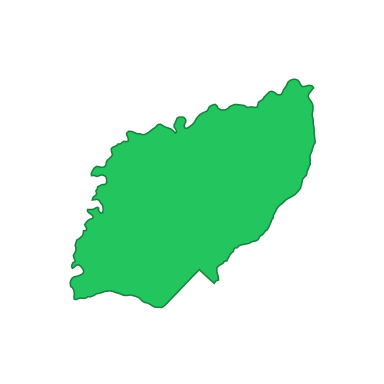 the district of Angélica, Mato Grosso do Sul, Brazil, rotated 291°
{"feature_id": "56859067B10068689760359", "entity_name": "Angélica", "entity_type": "district", "adm_level": 2, "iso_a3": "BRA", "parent_name": "Brazil", "parent_adm1": "Mato Grosso do Sul", "projection": "albers", "projection_center": [-53.859, -22.058], "detail": "fine", "context": "isolated", "style": "filled", "palette": "green", "viewbox_px": 384, "rotation_deg": 291, "n_neighbors": 0, "source": "geoboundaries", "source_scale": "gbopen_adm2", "svg_char_len": 4799}
<svg xmlns="http://www.w3.org/2000/svg" viewBox="0 0 384 384"><g transform="rotate(291 192 192)"><path d="M227.0,115.8L226.8,113.4L226.1,111.2L223.5,109.8L221.8,110.7L220.4,112.1L218.6,113.6L217.0,114.2L215.5,112.9L214.9,110.0L211.4,108.0L210.1,105.5L208.3,105.0L206.9,103.5L205.2,101.8L203.4,101.1L201.0,102.3L198.4,104.3L196.1,104.0L193.5,102.7L191.2,101.5L189.2,101.3L186.7,101.9L184.8,101.6L183.5,100.6L182.6,98.7L182.2,95.7L181.7,93.7L179.5,92.2L177.5,91.7L175.9,91.5L173.1,91.3L171.2,92.3L172.1,94.0L172.4,95.9L172.4,97.6L173.9,99.5L175.6,101.3L175.8,103.3L175.7,105.3L174.8,106.8L173.3,107.6L171.8,108.3L170.0,109.0L168.1,108.3L167.1,106.2L165.9,104.6L163.0,102.1L160.6,102.4L158.6,101.8L156.8,103.3L154.6,103.5L153.0,102.2L151.5,101.5L148.8,101.7L149.8,103.7L151.0,105.9L151.1,107.5L150.4,109.1L148.8,111.0L147.8,112.9L145.0,114.9L142.8,115.7L140.5,115.9L139.6,114.2L140.5,112.5L141.6,111.0L143.5,110.7L143.8,109.1L142.5,107.7L140.9,106.5L139.9,105.1L139.1,102.9L138.3,100.9L136.7,101.2L135.7,102.9L134.9,106.1L133.7,108.7L131.8,108.6L130.7,107.4L129.5,106.0L127.8,104.9L125.7,104.1L123.0,103.5L121.7,104.9L120.3,106.8L118.0,106.8L117.0,104.6L115.3,105.0L113.7,105.5L111.3,105.1L109.3,104.0L107.4,103.0L105.8,101.6L103.9,101.8L102.2,101.9L100.1,102.1L98.8,103.3L96.4,104.4L93.9,104.5L92.0,104.1L90.1,104.0L88.4,105.2L87.0,106.6L85.5,107.8L83.0,106.1L81.2,106.0L78.9,106.5L77.9,107.7L79.6,109.1L81.3,109.7L82.9,110.7L83.2,112.7L82.7,114.9L81.3,117.2L80.1,118.6L78.8,119.5L76.5,119.2L74.1,117.1L72.2,115.1L71.3,113.4L70.3,112.1L68.7,111.0L65.9,110.5L63.8,110.7L61.8,111.7L60.3,112.6L59.9,114.4L58.5,116.4L56.5,117.8L54.3,118.8L52.1,119.2L49.7,120.5L50.1,122.5L52.0,124.3L53.2,126.5L53.9,129.2L55.5,131.6L57.0,132.1L57.6,134.6L60.4,137.7L62.3,138.9L63.5,140.5L65.5,143.5L66.8,145.0L68.1,146.4L68.9,148.2L69.8,149.7L70.4,151.3L70.8,154.1L70.8,156.6L71.1,159.8L71.1,161.5L71.2,163.2L70.9,164.9L71.5,166.7L72.0,168.2L73.8,171.4L74.4,176.7L74.3,179.5L74.1,181.2L73.0,183.2L72.1,185.5L71.9,188.0L72.5,190.1L72.1,192.8L71.6,195.2L71.2,197.6L71.8,200.4L72.5,202.5L73.2,205.0L76.3,207.3L94.6,215.0L112.6,222.5L122.2,226.7L121.0,229.3L119.2,233.8L114.6,245.5L117.3,246.0L119.3,248.3L121.5,247.4L123.6,245.9L126.6,243.7L128.4,243.0L129.9,242.5L131.8,243.0L133.6,244.0L135.1,245.3L136.4,246.4L138.6,246.9L140.2,249.2L142.1,249.3L144.0,249.6L146.7,249.9L148.3,250.3L149.8,251.1L151.5,251.9L153.4,251.6L154.9,251.9L156.1,254.1L158.9,255.3L160.4,257.2L161.7,259.3L163.2,261.6L164.7,264.0L166.5,265.2L167.9,267.0L169.1,269.0L170.6,270.4L172.3,271.0L174.7,271.2L176.2,272.2L177.8,273.3L179.8,274.0L181.7,274.4L183.5,275.7L185.2,276.0L187.5,276.3L190.5,276.4L192.5,276.6L194.8,276.4L196.7,277.1L198.1,276.7L199.7,276.4L201.7,276.7L204.1,277.0L206.7,277.1L209.4,277.9L211.1,278.8L214.9,281.0L217.8,282.2L219.8,283.6L221.2,284.9L223.5,286.7L225.9,288.7L228.9,290.1L231.2,290.9L232.9,291.5L234.4,292.0L236.1,291.7L237.7,291.7L239.2,291.4L240.9,291.2L243.1,290.7L245.4,291.3L246.9,291.9L248.7,292.7L250.5,292.6L251.9,292.1L253.8,292.2L255.4,292.4L257.7,292.1L260.2,292.5L261.8,291.7L263.5,291.2L265.6,290.3L267.5,289.3L269.5,289.0L271.2,289.3L273.4,289.3L275.9,288.9L277.5,288.8L279.4,288.8L282.4,289.3L285.0,288.0L287.1,286.8L288.6,286.1L290.5,285.0L293.4,284.0L297.0,282.2L299.0,280.8L300.6,280.2L302.8,279.2L304.8,278.0L306.5,276.8L308.6,276.1L311.0,275.8L313.5,275.0L315.9,274.0L317.2,273.0L318.5,271.7L320.0,269.6L321.0,268.0L322.1,266.7L323.7,265.9L326.0,266.0L328.2,266.8L330.7,267.4L332.8,268.2L334.0,266.5L333.9,264.3L333.1,262.1L331.2,259.8L329.9,257.2L331.3,254.7L333.1,252.9L334.3,250.8L334.3,248.4L333.7,246.5L332.0,244.2L330.2,242.9L328.8,242.2L326.8,242.1L324.5,242.0L322.1,241.3L320.0,240.8L317.5,240.8L315.6,240.6L314.2,239.4L313.4,236.7L314.2,234.8L314.7,231.9L314.4,229.9L313.3,228.4L311.3,227.5L308.7,226.3L306.6,225.4L305.0,225.1L303.5,224.6L301.6,223.3L299.8,221.9L297.2,222.1L295.0,222.5L293.8,221.2L293.3,219.5L292.8,217.0L290.7,213.1L291.5,209.8L290.6,205.9L289.7,202.3L288.9,200.3L287.7,199.0L286.6,197.9L285.2,196.5L282.6,195.5L280.6,193.5L279.7,191.6L279.0,189.4L279.8,185.9L281.6,184.2L282.1,182.1L280.9,180.4L279.0,178.4L277.2,177.5L274.5,177.3L273.0,177.0L271.6,175.6L269.5,173.5L267.3,171.8L264.7,170.7L262.8,170.0L260.7,169.6L258.4,169.3L256.6,168.8L254.7,167.9L252.5,166.5L251.0,165.5L249.6,164.4L249.2,162.4L251.0,160.8L253.7,160.9L255.5,161.0L257.2,160.2L258.6,158.2L258.7,156.5L257.3,153.0L255.6,151.6L252.4,151.6L250.8,151.6L248.4,151.2L246.3,152.0L244.5,154.7L242.3,156.1L241.0,155.2L242.6,152.1L243.4,149.1L243.1,144.9L243.1,142.8L243.7,140.1L244.0,138.0L242.7,136.0L241.0,135.3L239.6,134.8L238.1,133.9L236.2,132.4L233.7,131.1L232.2,130.2L230.3,128.7L228.6,127.1L227.7,124.9L227.7,122.5L226.7,119.7L227.0,115.8Z" fill="#22c55e" stroke="#15803d" stroke-width="1.5"/></g></svg>